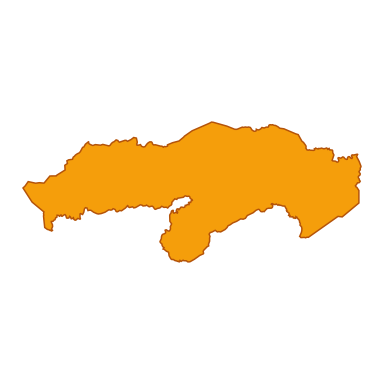 outline of Olanchito, Yoro, Honduras
{"feature_id": "27666195B25086521151184", "entity_name": "Olanchito", "entity_type": "district", "adm_level": 2, "iso_a3": "HND", "parent_name": "Honduras", "parent_adm1": "Yoro", "projection": "robinson", "projection_center": [-86.665, 15.434], "detail": "fine", "context": "isolated", "style": "filled", "palette": "amber", "viewbox_px": 384, "rotation_deg": 0, "n_neighbors": 0, "source": "geoboundaries", "source_scale": "gbopen_adm2", "svg_char_len": 6038}
<svg xmlns="http://www.w3.org/2000/svg" viewBox="0 0 384 384"><path d="M131.1,139.5L127.5,141.3L126.3,140.4L125.0,140.3L119.4,142.2L118.4,141.4L117.9,140.5L116.1,139.9L114.1,141.7L112.9,142.2L111.5,143.3L110.0,145.4L108.9,145.9L102.8,144.4L100.5,145.2L95.3,144.6L93.2,145.4L92.3,145.4L89.3,144.0L88.7,143.2L88.7,142.0L88.4,141.8L85.4,144.2L83.8,147.0L82.6,147.4L80.3,151.7L78.9,153.1L77.4,153.7L75.4,155.1L74.3,156.4L73.2,157.2L72.5,159.3L68.7,159.8L66.9,160.8L67.4,163.5L64.8,165.3L65.1,170.0L56.9,175.1L56.2,175.9L49.9,176.0L44.2,182.9L43.8,183.1L39.4,182.7L35.6,183.2L28.2,181.6L25.1,186.0L23.0,188.0L32.1,202.1L43.9,211.9L43.5,213.5L43.8,215.3L43.5,215.8L44.7,227.5L47.3,229.4L49.5,230.0L49.9,230.4L50.6,230.4L51.4,231.0L52.5,230.5L52.4,230.1L51.4,229.5L52.6,226.6L52.5,224.8L51.3,222.2L51.3,221.5L53.0,221.3L53.9,220.2L55.0,219.7L55.7,217.7L56.8,217.3L57.1,215.2L58.5,215.4L59.5,216.3L59.8,216.2L60.4,215.2L61.1,215.0L61.7,216.2L62.1,216.3L64.4,214.7L65.0,214.6L65.8,215.5L66.5,217.8L67.0,218.2L68.8,218.0L69.7,216.3L70.4,216.9L71.2,218.8L71.9,218.8L73.4,217.7L73.9,219.4L75.1,220.2L76.0,220.0L77.8,218.4L80.0,219.2L80.4,218.8L80.0,217.1L80.0,214.0L80.5,213.6L82.6,214.5L83.8,212.2L84.4,209.0L85.4,207.7L87.0,208.0L88.0,210.6L89.5,210.2L90.9,210.3L93.6,212.2L96.7,213.6L98.3,214.0L101.1,213.6L105.1,212.2L108.8,209.8L110.7,210.1L111.9,209.9L113.1,208.7L115.1,209.5L116.0,211.3L116.6,211.7L117.7,211.7L119.6,210.5L121.5,210.8L125.5,208.0L127.6,205.6L127.9,205.8L128.3,206.9L129.6,207.5L132.6,206.8L133.8,207.9L135.6,207.5L140.3,204.8L142.1,205.2L143.0,206.0L145.7,205.7L146.5,205.1L149.2,206.8L151.5,206.2L152.3,206.2L153.4,207.1L154.6,209.0L155.6,209.3L157.5,208.4L159.9,207.9L161.8,206.3L164.0,207.4L166.2,207.2L167.7,208.0L169.2,206.3L171.3,205.0L171.8,204.1L171.8,202.2L172.6,201.6L173.4,200.2L174.3,199.6L174.6,198.9L176.8,199.4L177.4,198.5L177.8,198.2L183.3,197.3L185.2,195.8L187.1,196.4L189.0,196.2L190.0,197.2L190.1,198.1L190.5,198.6L192.1,199.6L192.4,200.3L192.2,200.5L191.3,200.5L190.7,202.4L189.1,202.2L188.6,202.5L188.6,202.9L189.3,203.6L189.0,204.6L187.2,204.5L186.4,205.5L185.3,205.3L184.7,207.1L183.8,207.5L181.8,207.1L180.9,207.2L179.0,209.7L178.6,209.7L178.1,208.8L177.0,209.0L176.3,210.4L177.6,212.1L177.6,212.6L177.3,213.1L175.8,212.2L174.4,213.1L173.6,213.0L173.0,212.1L173.4,210.8L173.0,210.3L171.8,210.8L171.4,211.4L170.9,213.3L170.0,214.4L169.7,215.6L169.9,221.3L171.6,223.9L170.3,226.8L170.5,228.4L170.3,229.6L169.6,230.7L169.0,231.1L168.1,230.9L166.2,229.8L165.2,230.1L165.1,230.6L165.7,231.7L165.5,233.0L164.7,233.6L162.8,234.3L162.0,235.1L161.5,236.6L161.3,238.8L160.0,241.5L160.3,242.5L161.9,244.0L162.2,245.7L163.3,247.3L164.0,247.6L163.1,249.0L164.1,249.3L166.5,251.3L168.1,251.9L168.7,252.8L169.1,255.8L170.9,258.9L171.7,259.5L173.3,259.5L175.2,260.7L176.0,260.7L177.6,261.4L178.4,261.3L179.1,261.9L179.5,261.6L180.0,260.4L181.1,261.4L183.1,260.2L183.8,260.7L186.4,260.8L187.6,261.8L188.9,261.9L190.1,261.7L194.5,259.2L199.8,255.4L203.4,253.8L203.6,253.3L203.2,251.4L203.5,250.5L207.2,246.7L208.7,245.9L208.5,244.2L209.6,241.2L209.6,237.9L210.0,236.4L209.1,234.1L210.2,232.6L212.3,231.9L215.2,230.3L217.3,231.9L218.7,231.6L220.7,231.9L225.1,229.5L227.0,227.6L228.1,225.7L230.1,224.8L232.8,222.9L236.7,221.3L240.6,218.9L243.2,219.2L245.4,218.3L247.3,215.5L253.2,212.7L256.0,210.3L257.8,209.5L258.7,209.3L259.3,209.6L260.8,211.5L262.1,211.8L263.2,211.4L264.1,211.7L266.8,208.7L268.5,208.2L271.2,208.2L272.2,207.6L272.6,206.8L272.7,205.6L272.5,205.0L271.3,204.2L271.7,203.7L272.4,203.6L274.0,204.5L275.4,204.5L276.2,204.0L277.9,205.2L278.2,205.2L278.8,204.6L280.0,205.4L280.6,205.2L282.7,206.0L284.8,206.1L285.6,207.8L286.6,209.1L286.4,210.2L287.0,210.7L286.8,211.4L289.0,213.1L289.1,214.3L288.6,215.4L289.0,215.6L289.6,215.3L290.0,215.4L289.8,216.7L291.6,216.9L292.8,216.7L293.4,218.0L294.2,217.8L295.0,218.4L295.6,218.3L295.9,216.7L296.5,217.2L297.0,217.3L297.3,218.2L298.8,219.6L299.5,220.9L299.5,222.0L300.3,223.6L300.0,225.1L301.5,226.8L301.9,228.6L301.8,230.6L301.4,232.4L299.7,236.4L300.2,236.6L300.5,237.3L300.9,237.6L304.4,237.4L305.6,237.8L307.0,237.2L308.4,237.3L338.0,216.4L342.2,216.9L358.9,203.0L358.9,190.5L356.8,187.3L355.8,186.7L355.4,185.7L356.3,184.8L357.5,182.8L358.9,182.8L359.7,182.1L360.2,181.2L359.3,180.0L359.3,179.1L358.6,178.3L358.2,176.9L359.0,175.7L359.7,175.4L360.2,174.3L360.2,173.7L359.1,172.0L359.0,171.5L360.3,169.8L360.2,168.1L360.7,167.4L361.0,166.3L359.1,161.3L356.6,156.6L357.6,154.4L357.2,154.2L353.8,155.0L352.3,154.9L351.6,155.3L351.5,155.8L352.4,157.7L351.8,158.5L350.9,158.2L349.5,156.7L348.8,156.6L348.0,157.0L347.6,157.6L347.2,159.3L346.5,159.4L345.2,158.9L343.7,157.2L342.8,156.9L340.8,158.2L338.8,157.6L338.1,157.9L338.0,158.5L338.8,160.2L338.5,161.4L337.8,162.1L336.9,162.1L335.6,161.2L332.8,160.9L332.1,160.4L333.9,155.0L332.8,152.8L332.6,150.5L332.3,150.1L329.6,149.8L329.1,148.4L328.4,148.7L328.1,149.3L327.7,149.4L327.2,148.4L326.7,148.0L324.0,148.8L321.4,148.1L319.9,148.6L318.8,148.4L318.1,149.0L315.5,148.1L315.0,148.9L314.4,148.8L314.5,150.0L313.6,150.4L310.1,150.2L309.2,149.8L308.3,150.2L307.0,149.9L305.9,148.2L306.1,146.8L305.8,145.6L303.5,142.4L301.9,141.2L298.2,134.6L295.6,133.8L283.9,128.8L279.7,128.2L278.0,126.8L275.6,125.5L273.9,125.3L272.6,124.7L271.6,124.9L270.0,124.7L268.9,125.3L268.4,126.8L267.9,127.2L266.2,127.1L264.2,128.0L261.9,127.5L260.5,129.1L258.7,129.9L257.5,129.8L256.3,129.2L256.2,130.3L255.8,131.1L254.0,131.3L252.0,130.0L250.4,127.5L248.6,127.0L247.1,127.3L245.5,127.0L243.2,127.4L242.3,127.1L237.0,129.3L234.8,129.3L226.8,126.1L213.3,122.3L211.5,122.1L209.5,123.2L192.1,130.8L184.4,136.2L183.7,137.1L179.0,141.0L172.6,142.7L167.5,144.8L167.6,146.0L167.4,146.2L165.7,146.7L164.3,146.5L163.4,147.2L162.0,146.2L160.4,146.1L155.5,144.8L153.6,144.9L152.6,144.0L152.0,142.4L151.3,141.9L149.7,141.9L148.2,142.8L147.1,143.8L144.9,146.7L143.5,147.0L141.5,146.3L140.5,144.6L138.8,145.1L137.1,145.2L136.7,144.0L137.2,142.8L137.2,141.7L136.4,138.1L133.7,137.5L131.1,139.5Z" fill="#f59e0b" stroke="#b45309" stroke-width="1.5"/></svg>